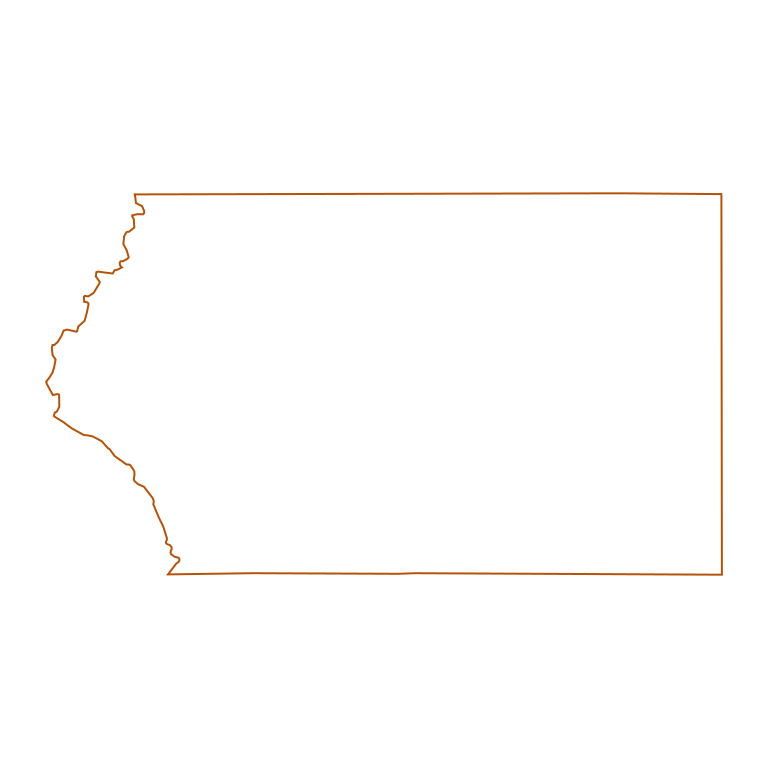 the district of Plymouth, Iowa, United States of America
{"feature_id": "52423323B13817695783408", "entity_name": "Plymouth", "entity_type": "district", "adm_level": 2, "iso_a3": "USA", "parent_name": "United States of America", "parent_adm1": "Iowa", "projection": "natural_earth1", "projection_center": [-96.528, 42.735], "detail": "fine", "context": "isolated", "style": "outline", "palette": "amber", "viewbox_px": 768, "rotation_deg": 0, "n_neighbors": 0, "source": "geoboundaries", "source_scale": "gbopen_adm2", "svg_char_len": 1521}
<svg xmlns="http://www.w3.org/2000/svg" viewBox="0 0 768 768"><path d="M721.4,194.1L619.3,193.3L134.7,194.4L135.4,197.8L135.9,203.0L142.1,206.2L144.1,210.8L144.2,212.9L143.1,214.3L137.3,214.2L132.3,215.3L132.1,216.1L133.8,219.2L134.3,227.5L129.1,231.7L126.9,231.9L126.1,232.7L124.1,236.4L123.4,243.6L123.4,244.2L126.8,250.6L128.7,257.2L127.7,258.6L123.1,261.2L120.5,261.3L119.7,262.8L120.1,265.5L121.9,267.5L116.4,270.1L114.6,270.2L112.7,273.5L105.3,272.6L98.0,271.6L96.4,272.2L95.8,276.4L99.7,281.8L99.6,283.0L93.9,292.5L92.9,293.5L88.2,296.4L84.8,295.9L83.9,296.8L84.2,301.8L87.3,302.3L88.4,303.4L88.5,304.2L87.0,312.0L84.6,320.8L78.3,326.5L77.2,331.0L76.5,331.7L67.0,329.6L63.6,330.6L61.5,335.8L57.6,342.1L54.2,345.0L52.6,345.0L51.8,347.8L52.6,355.2L55.6,359.6L54.1,367.4L52.5,372.6L49.4,377.6L46.1,381.9L47.0,384.3L52.8,395.0L57.7,394.1L59.1,394.6L59.3,406.8L56.9,411.5L54.7,412.7L53.9,416.0L54.8,416.8L63.5,422.2L71.6,428.3L83.6,434.9L87.7,435.4L92.9,436.5L101.9,441.3L108.1,448.4L109.3,448.7L114.6,456.0L126.5,464.5L129.2,464.6L130.4,465.3L134.3,471.1L134.5,474.7L133.8,479.1L134.3,480.9L137.9,484.1L143.9,486.7L152.9,498.4L153.8,501.4L153.3,504.3L158.9,517.7L163.1,526.2L166.9,538.1L166.9,539.6L165.9,541.9L166.2,543.4L167.2,544.2L169.9,545.1L171.6,547.2L171.7,549.1L170.9,550.5L170.5,552.5L171.0,554.1L174.5,556.7L178.7,557.8L179.4,559.0L179.3,560.6L178.5,562.0L176.3,563.5L168.0,574.4L252.8,573.2L398.0,573.8L414.9,573.2L619.4,574.2L721.9,574.7L721.4,194.1Z" fill="none" stroke="#b45309" stroke-width="2"/></svg>